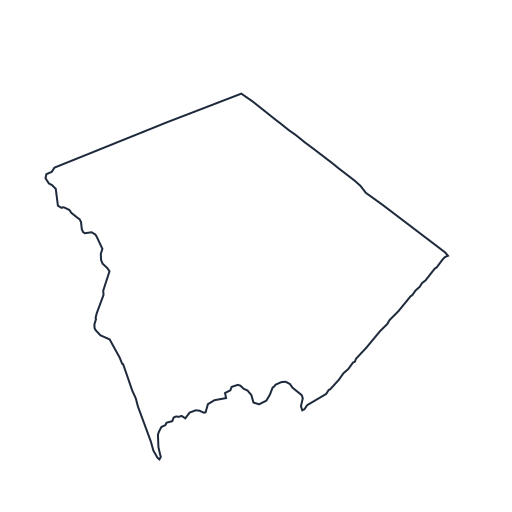 Lanquín, Alta Verapaz, Guatemala (orthographic projection), rotated 67°
{"feature_id": "79465075B47647601026557", "entity_name": "Lanquín", "entity_type": "district", "adm_level": 2, "iso_a3": "GTM", "parent_name": "Guatemala", "parent_adm1": "Alta Verapaz", "projection": "orthographic", "projection_center": [-89.968, 15.576], "detail": "fine", "context": "isolated", "style": "outline", "palette": "slate", "viewbox_px": 512, "rotation_deg": 67, "n_neighbors": 0, "source": "geoboundaries", "source_scale": "gbopen_adm2", "svg_char_len": 1882}
<svg xmlns="http://www.w3.org/2000/svg" viewBox="0 0 512 512"><g transform="rotate(67 256 256)"><path d="M330.8,79.2L326.6,80.5L258.9,119.2L240.8,130.2L232.4,132.4L225.7,135.5L214.8,141.6L207.6,145.7L200.4,149.5L193.7,153.3L181.0,160.5L170.6,166.6L160.4,172.0L153.2,176.5L147.1,179.8L143.7,181.6L140.1,183.7L137.0,185.4L112.5,198.7L100.8,206.1L98.1,286.3L95.9,407.0L98.7,411.0L98.8,417.0L102.2,419.4L108.3,418.3L111.1,416.0L116.0,414.1L132.3,418.7L135.7,416.2L135.7,414.6L136.5,413.5L140.7,409.8L144.2,409.1L150.9,405.5L153.3,404.0L156.4,403.8L163.3,405.9L166.5,405.8L168.2,404.6L169.9,398.1L173.4,395.5L176.0,395.1L189.4,394.6L193.5,398.1L199.3,400.2L203.1,400.2L208.8,397.7L212.8,396.8L228.1,410.1L230.9,411.1L232.3,411.6L246.6,425.1L250.4,427.9L251.7,428.0L255.8,431.5L259.4,432.8L261.6,432.6L268.2,430.2L275.6,423.3L296.2,421.2L302.8,421.3L303.6,420.6L310.1,421.0L331.6,422.5L340.3,422.3L348.4,423.5L385.9,425.3L395.1,426.5L403.2,425.5L405.5,424.4L403.7,422.1L401.1,421.8L393.8,420.5L382.2,416.1L379.9,414.1L376.4,409.9L376.3,405.5L374.5,403.5L375.3,397.6L372.5,394.9L372.5,392.2L373.8,390.1L374.2,386.9L377.8,384.5L374.2,378.3L374.5,371.7L376.3,368.5L379.9,365.2L380.2,363.5L374.9,359.2L373.6,358.2L372.5,350.6L375.1,339.1L370.0,338.0L369.6,332.1L367.0,329.6L367.5,323.1L369.3,321.0L373.3,319.3L376.5,316.4L382.1,314.6L389.9,315.6L393.7,311.1L393.2,303.0L389.1,297.4L383.6,292.1L383.2,290.1L382.1,288.3L382.0,281.8L383.4,277.8L387.1,274.8L391.6,273.8L401.9,268.3L405.2,268.5L411.8,273.3L416.1,273.7L416.0,271.3L413.3,267.2L410.4,245.3L407.7,241.4L407.7,239.8L402.3,228.1L398.1,221.3L396.1,215.2L392.0,208.4L391.9,206.3L389.6,204.0L383.5,190.2L373.6,171.1L369.9,161.7L367.2,158.2L362.4,146.4L353.5,129.5L353.1,127.4L350.2,122.9L348.3,117.3L345.8,113.7L344.7,109.5L337.4,96.3L337.1,94.1L332.0,85.4L330.8,82.5L330.8,79.2Z" fill="none" stroke="#1e293b" stroke-width="2"/></g></svg>